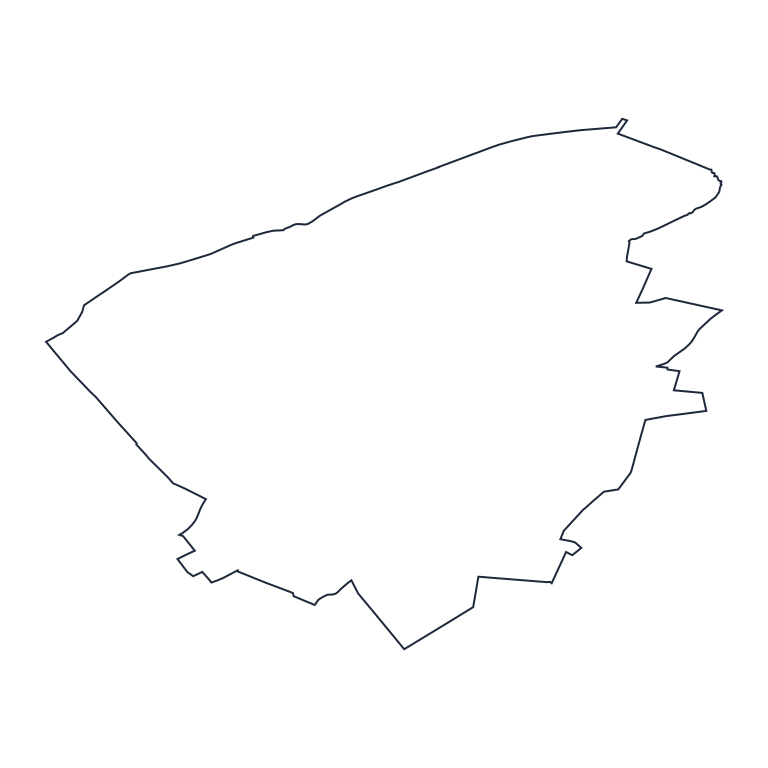 the district of Kandava, Kandavas, Latvia
{"feature_id": "27541924B48959095645396", "entity_name": "Kandava", "entity_type": "district", "adm_level": 2, "iso_a3": "LVA", "parent_name": "Latvia", "parent_adm1": "Kandavas", "projection": "natural_earth1", "projection_center": [22.784, 57.039], "detail": "fine", "context": "isolated", "style": "outline", "palette": "slate", "viewbox_px": 768, "rotation_deg": 0, "n_neighbors": 0, "source": "geoboundaries", "source_scale": "gbopen_adm2", "svg_char_len": 3508}
<svg xmlns="http://www.w3.org/2000/svg" viewBox="0 0 768 768"><path d="M136.7,443.2L136.3,444.4L141.5,450.1L146.7,455.8L148.8,458.5L168.7,478.2L173.0,483.3L177.4,485.2L185.2,488.7L192.7,492.5L205.9,499.1L203.1,503.5L201.7,506.1L200.4,508.7L198.9,512.6L197.3,516.6L196.3,518.6L195.3,520.6L193.5,522.9L191.8,525.1L189.6,527.3L187.4,529.5L184.9,531.3L182.4,533.2L180.8,534.0L179.3,534.9L181.1,535.5L183.0,536.0L194.3,550.1L194.8,550.7L188.1,553.8L177.5,559.0L178.3,560.1L187.3,572.0L193.2,576.2L202.3,571.9L210.2,580.9L211.4,582.5L212.5,582.2L214.8,581.3L217.5,580.4L220.0,579.3L222.7,578.2L228.1,575.4L237.7,570.3L237.9,571.5L266.4,583.0L281.9,588.8L292.9,593.0L293.7,596.2L306.3,601.5L311.7,603.7L312.3,603.9L314.6,605.0L315.7,603.7L318.0,600.2L320.1,598.6L321.9,597.5L325.3,595.7L327.6,594.7L329.6,594.6L332.9,594.5L335.4,593.8L337.1,592.7L341.6,588.3L347.5,583.2L351.4,580.3L351.8,581.1L358.1,593.4L376.8,615.9L404.2,649.2L439.6,627.7L473.2,607.1L478.4,576.7L546.1,582.1L547.4,582.1L548.7,582.0L549.2,582.0L549.6,581.9L550.1,581.9L551.7,583.2L563.2,558.3L566.1,552.0L572.3,555.2L581.3,547.9L575.2,542.5L571.3,541.3L563.6,539.8L560.4,539.2L563.5,531.5L563.8,530.8L583.0,509.9L584.5,508.7L592.8,501.3L603.9,491.7L618.3,489.4L630.5,473.0L631.5,470.4L633.5,463.2L634.9,457.9L635.6,455.4L635.8,454.6L638.0,446.4L640.7,436.7L645.4,419.9L665.7,416.2L667.0,416.0L686.6,413.5L706.3,410.9L704.3,401.9L702.3,392.9L688.1,391.6L673.9,390.3L679.5,371.2L667.5,369.5L667.4,367.7L664.5,367.4L660.2,366.9L655.8,366.5L664.5,363.8L667.7,362.2L671.1,358.8L674.6,355.6L678.4,353.0L684.6,348.6L689.2,344.4L691.6,341.6L694.6,336.9L697.6,331.5L700.1,328.5L708.4,320.8L710.9,318.5L715.7,314.8L721.9,310.4L665.7,298.0L650.0,302.5L647.6,302.6L636.2,302.8L642.7,288.9L648.0,276.8L651.5,268.9L639.7,265.3L626.7,261.4L627.0,256.9L629.4,243.4L629.6,242.6L628.8,241.2L630.8,239.5L632.2,239.1L635.2,239.0L636.9,238.4L642.2,236.0L644.0,233.5L650.1,231.7L658.1,228.5L667.3,224.1L675.6,220.0L684.5,215.8L687.7,214.8L688.1,214.0L689.7,213.0L690.8,213.3L692.6,212.3L694.2,210.0L695.7,208.8L701.1,207.0L706.0,204.3L711.1,200.7L713.8,198.7L715.9,196.9L717.5,194.4L719.2,192.0L719.7,189.4L720.2,186.8L720.7,186.1L721.2,185.4L721.4,185.1L721.5,184.9L720.7,184.2L720.7,183.0L721.5,182.3L721.1,181.1L719.9,181.0L718.4,180.1L717.9,178.8L717.7,177.8L717.6,177.6L716.8,176.3L716.1,176.1L714.9,176.4L714.3,176.2L714.7,174.4L714.6,173.6L714.1,173.0L712.8,173.0L711.8,172.4L711.7,171.0L711.3,169.7L710.2,169.7L660.4,149.3L654.4,147.3L617.8,133.6L627.1,120.4L622.2,118.8L616.1,127.3L580.3,130.2L564.8,132.0L549.6,133.9L535.6,135.7L531.7,136.3L526.9,137.3L511.4,141.2L503.2,143.5L499.0,144.7L495.1,146.0L487.5,148.8L481.4,151.1L478.3,152.3L475.1,153.4L457.2,160.1L438.3,167.1L438.5,167.3L437.4,167.7L427.3,171.3L398.8,181.9L388.2,185.3L376.0,189.7L357.9,196.0L352.0,198.2L344.5,201.8L341.8,203.5L319.9,215.7L312.2,221.5L307.8,224.0L304.8,224.5L303.2,224.4L300.3,224.1L297.8,224.0L295.3,224.3L294.0,224.9L293.0,225.2L290.8,226.5L289.4,227.1L286.2,228.2L284.7,228.9L283.4,230.2L273.3,230.7L266.8,232.1L253.0,236.0L253.4,237.6L234.9,243.4L231.5,244.7L210.6,254.0L207.9,254.9L180.3,263.3L166.8,266.4L146.1,270.3L138.9,271.7L130.8,273.2L128.4,274.5L128.0,274.8L117.9,282.3L112.6,285.9L107.2,289.6L95.6,297.4L84.0,305.3L82.2,311.9L77.2,320.9L62.8,333.1L57.7,335.2L54.1,337.4L53.6,337.7L46.1,341.8L54.1,351.5L62.8,361.9L63.9,363.2L70.3,371.0L89.8,391.3L95.9,397.1L118.6,423.3L129.6,435.4L136.2,442.7L136.7,443.2Z" fill="none" stroke="#1e293b" stroke-width="2"/></svg>